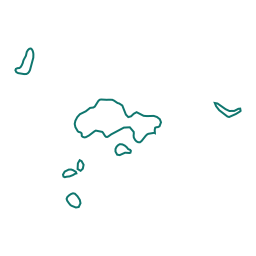 an SVG outline of Sulu
{"feature_id": "PHL-2524", "entity_name": "Sulu", "entity_type": "Province", "adm_level": 1, "iso_a3": "PHL", "parent_name": "Philippines", "parent_adm1": "", "projection": "natural_earth1", "projection_center": [121.056, 5.938], "detail": "fine", "context": "isolated", "style": "outline", "palette": "teal", "viewbox_px": 256, "rotation_deg": 0, "n_neighbors": 0, "source": "natural_earth", "source_scale": "10m", "svg_char_len": 2040}
<svg xmlns="http://www.w3.org/2000/svg" viewBox="0 0 256 256"><path d="M153.7,115.9L157.0,117.0L159.8,119.2L161.0,122.3L159.5,126.3L158.0,127.1L156.5,127.2L155.2,127.7L154.7,130.0L154.9,133.1L154.3,132.8L148.4,133.8L147.3,134.3L145.8,135.7L141.5,141.1L139.9,142.3L138.1,142.2L136.5,141.4L135.1,139.9L133.8,137.5L133.6,135.4L133.8,133.6L133.7,131.9L129.8,127.3L123.9,127.6L111.3,134.3L108.2,136.5L107.1,137.0L105.9,136.8L105.0,135.9L103.0,132.7L102.3,131.9L95.8,130.6L94.5,131.3L89.0,135.5L85.8,137.2L84.3,137.4L82.6,136.8L81.8,136.0L81.7,134.9L81.7,133.8L81.4,133.1L80.5,132.4L78.6,131.9L77.8,131.3L75.4,127.2L74.7,123.9L75.4,120.7L77.3,117.1L79.9,114.2L85.8,111.3L90.1,107.9L93.4,107.5L94.8,106.6L98.3,101.0L99.6,99.8L101.1,99.5L106.5,99.8L109.5,99.7L112.3,99.8L114.0,100.6L117.5,103.0L119.2,103.5L122.3,105.5L125.9,114.6L128.3,117.1L131.1,116.3L133.7,113.8L136.6,112.2L143.6,115.8L147.0,116.1L153.7,115.9ZM30.8,48.5L31.9,49.4L32.7,50.9L33.2,52.7L33.4,54.2L33.3,57.7L30.0,70.0L29.1,71.8L27.9,73.2L26.4,74.0L24.2,74.1L18.1,73.1L16.3,72.1L15.4,70.2L15.9,68.9L17.4,68.2L19.4,68.0L20.6,67.1L21.8,65.2L22.8,62.9L23.2,61.2L23.7,59.8L25.9,55.8L26.8,51.9L27.9,50.1L29.3,48.8L30.8,48.5ZM73.0,193.3L74.9,193.7L77.5,196.3L79.8,199.9L80.5,203.2L78.7,207.0L75.9,207.5L71.4,205.7L70.3,204.9L68.7,202.9L67.2,200.7L66.6,198.9L67.3,197.1L69.0,195.4L71.1,194.0L73.0,193.3ZM234.3,110.9L238.4,108.8L240.2,108.6L240.6,110.9L239.8,111.6L235.9,114.0L229.1,117.0L227.4,116.5L219.2,110.2L216.1,106.2L214.8,103.0L217.5,103.5L225.6,109.2L229.4,111.0L234.3,110.9ZM128.2,149.1L130.2,149.9L130.9,150.9L130.4,152.7L129.4,153.0L125.1,152.7L119.7,155.1L117.2,154.7L115.5,151.6L115.5,149.0L116.6,146.7L118.2,145.1L119.8,144.2L122.4,144.4L124.8,145.6L126.7,147.2L128.2,149.1ZM72.9,170.1L75.8,171.8L76.4,173.4L75.0,173.8L72.9,175.1L69.6,176.4L66.7,176.7L64.8,177.2L63.5,176.6L63.0,174.6L64.7,171.6L68.7,169.6L71.1,169.5L72.9,170.1ZM79.7,160.2L81.6,161.2L83.6,164.8L82.8,168.7L80.6,170.8L77.6,169.0L77.9,163.3L79.7,160.2Z" fill="none" stroke="#0f766e" stroke-width="2"/></svg>